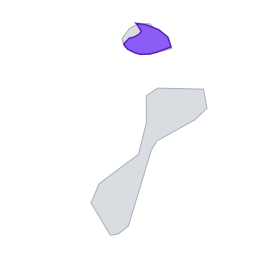 where Saint-Pierre sits in Saint Pierre and Miquelon, rotated 214°
{"feature_id": "SPM-4866", "entity_name": "Saint-Pierre", "entity_type": "Commune", "adm_level": 1, "iso_a3": "SPM", "parent_name": "Saint Pierre and Miquelon", "parent_adm1": "", "projection": "equal_earth", "projection_center": [-56.176, 46.782], "detail": "fine", "context": "in_parent", "style": "filled", "palette": "violet", "viewbox_px": 256, "rotation_deg": 214, "n_neighbors": 0, "source": "natural_earth", "source_scale": "10m", "svg_char_len": 725}
<svg xmlns="http://www.w3.org/2000/svg" viewBox="0 0 256 256"><g transform="rotate(214 128 128)"><path d="M125.7,177.7L87.1,202.4L73.6,188.6L77.0,172.5L96.8,133.5L96.2,122.3L72.9,47.0L76.8,34.7L82.7,29.3L116.8,45.2L120.8,65.7L104.6,112.0L115.7,142.7L130.9,164.9L125.7,177.7ZM177.2,221.2L168.0,226.6L136.3,218.4L151.4,200.7L162.0,195.5L176.4,193.4L183.1,198.8L182.3,211.9L177.2,221.2Z" fill="#d9dde1" stroke="#a8b0b8" stroke-width="1"/><path d="M177.1,203.3L174.7,205.8L172.8,208.6L171.4,211.8L170.8,215.4L177.5,218.6L179.9,219.3L169.5,224.1L157.3,226.7L145.7,225.6L137.6,219.3L147.0,206.4L152.1,200.9L159.0,195.9L164.2,194.2L172.5,193.1L178.6,195.2L177.1,203.3Z" fill="#8b5cf6" stroke="#5b21b6" stroke-width="1.5"/></g></svg>